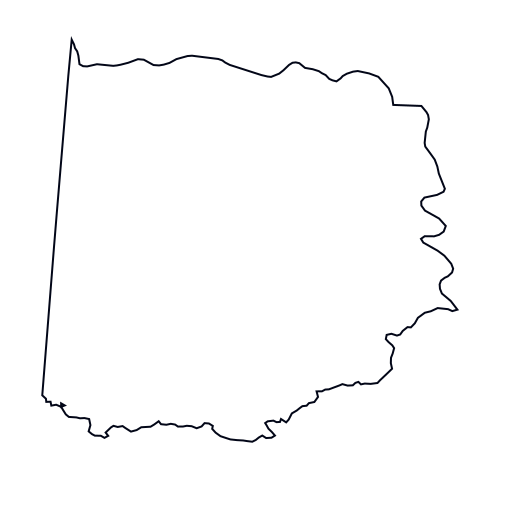 the district of Colorado do Oeste, Rondônia, Brazil, rotated 96°
{"feature_id": "56859067B47546071295151", "entity_name": "Colorado do Oeste", "entity_type": "district", "adm_level": 2, "iso_a3": "BRA", "parent_name": "Brazil", "parent_adm1": "Rondônia", "projection": "robinson", "projection_center": [-60.514, -13.137], "detail": "fine", "context": "isolated", "style": "outline", "palette": "ink", "viewbox_px": 512, "rotation_deg": 96, "n_neighbors": 0, "source": "geoboundaries", "source_scale": "gbopen_adm2", "svg_char_len": 2714}
<svg xmlns="http://www.w3.org/2000/svg" viewBox="0 0 512 512"><g transform="rotate(96 256 256)"><path d="M416.9,454.0L419.9,450.0L423.0,449.3L422.4,445.1L426.2,443.9L424.8,439.2L426.4,434.0L429.7,431.5L433.4,428.6L435.6,425.3L435.3,417.8L435.8,414.0L435.1,409.7L435.6,404.9L441.5,403.0L447.9,404.1L450.3,400.5L451.5,397.5L451.0,391.5L452.7,387.7L450.3,384.2L447.3,387.1L441.6,382.3L439.8,380.0L440.5,375.7L439.1,370.9L440.7,368.0L443.7,362.0L441.6,356.5L438.3,352.2L436.8,343.0L434.2,339.6L430.5,335.5L433.2,332.9L433.2,327.5L431.8,323.2L432.1,318.8L433.8,315.8L433.2,310.7L432.1,307.1L432.0,302.2L433.5,297.0L431.2,292.3L427.6,289.7L427.5,285.3L429.5,281.2L432.5,281.5L435.9,277.7L438.9,272.5L440.2,266.6L441.1,262.3L441.1,255.6L440.8,249.5L441.0,245.6L441.1,240.3L439.0,237.0L436.2,234.2L433.9,231.0L436.0,226.9L435.1,221.6L432.6,218.4L429.4,221.8L426.4,225.6L423.5,227.6L421.2,229.4L419.2,227.1L417.9,221.5L419.1,218.2L418.5,214.8L415.5,214.1L418.3,208.6L415.3,206.4L408.8,203.9L405.4,199.3L402.8,196.7L400.5,194.2L399.6,190.0L396.8,188.0L395.1,182.7L389.7,179.6L384.3,181.6L383.7,176.3L381.6,173.2L381.0,169.6L376.0,159.5L374.4,156.7L375.3,151.3L374.5,146.2L371.8,143.9L370.5,141.0L372.7,138.2L371.5,134.5L371.2,128.6L369.6,121.9L366.4,119.5L359.4,113.5L353.9,108.9L348.5,110.7L343.1,111.1L338.8,109.9L333.2,109.0L330.6,111.1L327.8,115.1L325.1,118.2L320.8,117.8L319.2,113.2L320.4,107.5L319.0,104.4L315.1,102.2L310.9,97.9L310.8,94.5L306.3,91.0L300.5,88.5L294.8,82.2L292.7,76.4L288.8,69.9L288.8,59.4L290.3,55.0L288.3,50.1L280.4,57.6L273.9,67.2L269.4,69.6L265.0,70.4L261.1,69.4L257.9,66.0L256.2,63.1L251.9,59.3L248.0,58.6L243.3,61.0L236.0,68.7L231.7,76.0L225.2,91.0L221.7,93.7L218.7,90.3L217.8,80.9L215.8,76.1L212.1,71.9L206.3,70.4L199.6,77.8L193.2,92.7L188.6,96.8L184.5,97.4L180.3,94.6L176.3,82.3L172.5,76.2L169.4,75.2L154.9,82.8L148.1,85.0L141.5,88.3L136.3,92.9L129.5,99.1L125.9,100.1L114.4,100.1L110.4,99.1L102.0,98.4L97.8,99.6L95.1,101.5L89.5,107.2L91.4,135.3L83.5,137.2L75.4,141.5L71.0,146.4L65.0,153.1L62.6,162.6L61.4,174.1L62.5,178.7L65.2,184.7L68.0,188.6L70.5,190.4L73.9,194.2L73.3,198.3L72.2,201.7L68.8,205.6L67.3,209.6L65.6,212.8L64.3,219.1L63.8,226.9L59.7,233.1L59.3,236.7L60.0,239.9L62.5,243.1L68.4,248.1L72.2,252.0L76.3,259.7L76.3,263.2L75.5,269.5L68.7,302.1L66.8,306.9L65.0,309.9L64.0,314.1L63.7,330.3L63.5,340.6L64.3,345.0L68.5,355.7L73.0,362.2L75.3,367.7L76.6,372.3L76.8,377.9L72.5,388.1L72.6,394.0L77.2,403.3L79.9,410.6L81.0,414.2L81.8,417.8L81.9,434.2L85.1,443.7L85.3,447.8L83.7,451.6L75.3,453.6L71.2,455.2L68.2,457.7L64.6,459.1L60.1,461.9L96.3,461.5L234.8,458.6L269.7,457.8L416.9,454.0ZM426.4,434.0L422.9,434.4L424.6,430.6L426.4,434.0Z" fill="none" stroke="#020617" stroke-width="2"/></g></svg>